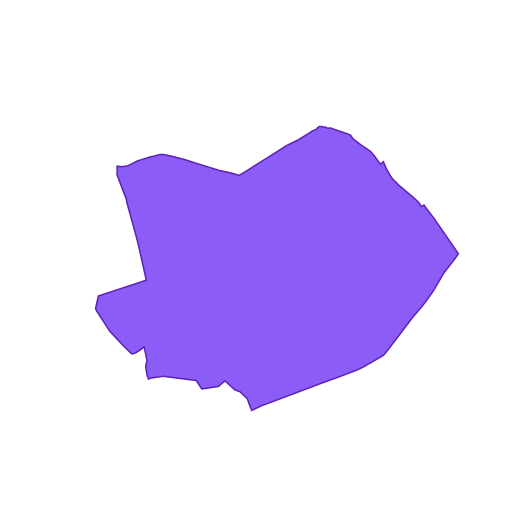 the district of Santa Lucía, San Juan, Argentina, rotated 140°
{"feature_id": "61730980B73949498906302", "entity_name": "Santa Lucía", "entity_type": "district", "adm_level": 2, "iso_a3": "ARG", "parent_name": "Argentina", "parent_adm1": "San Juan", "projection": "mercator", "projection_center": [-68.469, -31.538], "detail": "fine", "context": "isolated", "style": "filled", "palette": "violet", "viewbox_px": 512, "rotation_deg": 140, "n_neighbors": 0, "source": "geoboundaries", "source_scale": "gbopen_adm2", "svg_char_len": 1976}
<svg xmlns="http://www.w3.org/2000/svg" viewBox="0 0 512 512"><g transform="rotate(140 256 256)"><path d="M304.4,414.0L304.8,413.9L305.1,413.8L307.1,411.1L307.7,410.3L310.2,407.7L314.8,394.6L317.2,387.6L319.1,382.1L320.3,380.5L334.1,350.3L339.2,339.6L355.6,308.0L389.5,321.5L402.4,326.7L411.9,319.5L413.0,318.2L413.6,315.0L416.4,292.0L415.6,278.0L415.5,274.4L414.4,263.1L414.3,262.2L414.1,260.9L412.0,259.6L410.0,259.1L404.5,258.4L400.1,258.3L406.6,246.1L410.3,243.3L411.7,241.9L412.9,240.1L416.3,234.3L417.5,230.9L414.8,229.9L404.5,223.6L381.8,199.0L383.0,189.0L368.8,180.3L360.0,180.3L358.3,167.2L355.5,162.2L354.4,152.2L356.4,147.0L358.5,140.5L347.9,137.7L296.3,119.5L289.1,117.0L270.8,110.3L251.1,103.5L244.9,101.9L222.1,98.0L219.4,98.4L217.3,98.9L211.8,100.0L201.8,102.3L188.9,105.2L174.9,108.4L161.7,110.6L154.4,112.2L145.3,114.5L140.8,115.9L123.2,122.2L104.7,126.2L99.5,127.7L99.3,129.8L98.9,133.7L97.1,153.0L96.7,156.9L95.8,167.1L95.5,169.8L95.4,172.1L95.2,176.6L94.8,184.9L94.5,187.0L97.5,187.6L96.9,192.9L97.7,199.1L99.5,209.1L101.1,218.7L101.8,227.1L101.5,231.7L100.0,239.1L97.8,246.4L101.7,246.3L101.0,256.6L101.0,260.7L101.2,263.3L101.5,264.2L104.2,273.6L105.5,279.4L106.3,283.4L106.4,283.5L105.9,287.5L107.0,290.1L110.9,296.6L115.5,304.1L116.0,305.2L116.3,305.9L118.2,307.3L118.5,307.5L119.2,308.2L119.6,309.2L119.7,309.7L119.8,309.9L120.8,310.9L121.7,311.8L122.4,312.9L122.7,313.2L122.8,313.3L123.9,314.2L124.4,314.4L125.4,314.6L128.9,314.4L132.6,315.6L135.7,315.9L148.7,317.8L155.4,319.4L158.9,320.3L161.9,321.0L173.7,322.5L177.4,323.0L193.1,325.2L198.7,326.0L205.4,326.8L210.1,327.5L217.0,328.5L221.0,334.6L227.3,342.8L229.3,345.4L239.8,361.7L244.7,369.4L248.1,374.9L248.5,375.5L253.4,382.4L254.9,384.5L256.7,386.9L256.9,387.2L261.8,393.4L264.5,395.6L270.9,398.5L273.0,399.8L280.6,402.9L285.8,405.1L292.9,406.6L295.7,407.4L296.4,407.5L298.9,409.0L302.3,411.4L302.5,411.7L304.0,413.5L304.4,414.0Z" fill="#8b5cf6" stroke="#5b21b6" stroke-width="1.5"/></g></svg>